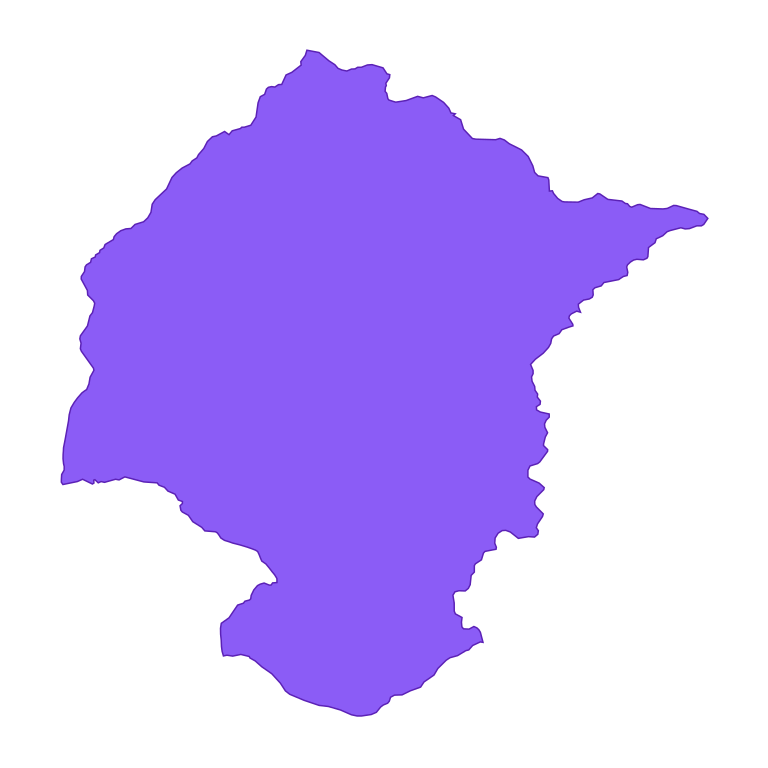 Luebo, Kasaï-Occidental, Democratic Republic of the Congo, rotated 91°
{"feature_id": "63176286B69668932062204", "entity_name": "Luebo", "entity_type": "district", "adm_level": 2, "iso_a3": "COD", "parent_name": "Democratic Republic of the Congo", "parent_adm1": "Kasaï-Occidental", "projection": "orthographic", "projection_center": [21.381, -5.592], "detail": "fine", "context": "isolated", "style": "filled", "palette": "violet", "viewbox_px": 768, "rotation_deg": 91, "n_neighbors": 0, "source": "geoboundaries", "source_scale": "gbopen_adm2", "svg_char_len": 5633}
<svg xmlns="http://www.w3.org/2000/svg" viewBox="0 0 768 768"><g transform="rotate(91 384 384)"><path d="M511.1,222.5L504.3,229.5L501.8,231.1L498.4,231.3L493.9,229.2L486.8,222.4L485.7,222.2L484.8,222.0L480.4,227.1L478.4,231.8L476.5,236.4L475.3,237.6L474.5,238.5L467.7,238.6L463.4,236.6L460.9,229.0L459.2,226.9L448.5,219.3L446.8,219.2L442.8,223.4L442.0,223.4L441.1,223.4L434.2,221.8L429.9,219.6L424.5,222.4L421.1,222.8L417.4,221.2L414.2,218.2L411.1,218.3L409.3,227.2L407.2,231.0L404.0,231.2L401.6,227.6L398.4,227.3L394.4,230.5L391.4,230.2L387.6,232.9L383.8,233.3L378.7,236.0L374.3,236.6L371.1,235.1L367.8,235.2L361.9,237.8L356.6,233.1L350.4,225.3L344.6,220.2L340.5,218.0L335.9,217.2L333.1,215.3L330.6,209.8L326.6,207.1L323.8,199.8L322.6,196.1L321.6,196.2L321.0,196.3L314.9,200.3L312.6,199.8L311.2,198.5L310.6,197.9L307.8,192.6L308.8,188.8L304.0,190.8L300.8,191.1L296.6,185.9L295.4,180.2L293.6,177.3L291.3,176.4L286.1,176.8L284.1,174.8L282.1,168.5L278.7,165.9L275.5,151.1L274.3,149.5L272.3,146.5L271.3,142.8L268.1,142.2L262.7,143.4L260.6,142.6L257.8,139.8L255.7,136.6L254.9,133.4L255.3,126.8L253.7,123.3L252.1,122.4L242.9,121.9L238.0,115.5L234.0,114.3L233.0,112.1L231.2,108.5L230.9,107.9L226.8,103.6L225.6,100.6L222.6,89.9L223.7,85.6L223.3,81.3L220.4,74.0L220.4,73.5L220.3,69.4L218.9,67.1L212.8,63.1L208.8,67.1L208.0,71.5L205.9,74.1L203.9,82.0L200.5,94.9L200.4,97.5L203.4,103.6L203.6,104.5L204.1,108.1L203.9,118.5L203.9,120.5L200.0,131.1L200.3,133.6L202.9,139.5L202.1,141.5L199.5,143.7L199.3,145.8L196.9,149.3L196.7,151.3L195.5,163.4L190.2,171.5L189.8,173.6L194.3,179.0L196.3,187.1L198.8,193.0L198.8,206.6L198.4,209.1L195.4,213.6L193.4,215.3L190.5,217.8L187.9,219.0L188.2,222.0L177.1,222.8L174.8,223.7L173.2,233.6L169.8,237.1L163.3,239.0L154.0,243.8L147.6,250.5L146.3,253.1L142.0,262.1L141.4,263.2L137.9,267.9L136.4,272.3L137.8,276.6L137.6,296.4L137.0,299.9L127.8,308.9L118.4,312.0L114.4,319.3L112.6,317.5L111.8,321.8L107.1,324.0L101.4,329.3L96.1,337.4L94.7,340.9L96.3,346.6L97.2,349.7L95.8,355.4L100.2,366.8L102.0,377.2L101.3,379.7L100.0,384.0L98.7,385.1L93.4,386.3L91.4,388.0L87.0,387.7L85.7,386.9L83.3,387.4L77.8,383.9L74.6,383.6L73.8,386.5L67.9,390.5L64.9,401.5L65.3,406.2L67.7,412.1L67.8,415.9L69.4,418.4L69.6,420.4L69.6,421.5L69.7,422.1L71.7,426.6L70.8,431.5L69.2,435.5L65.6,438.7L61.7,444.9L53.7,454.7L51.6,466.9L56.8,468.4L63.1,472.8L66.6,472.4L74.0,481.6L76.7,487.3L86.3,491.5L86.5,494.7L89.0,498.3L88.6,501.6L89.4,504.8L91.2,506.7L96.5,508.4L98.9,512.7L105.0,514.8L119.3,516.6L121.4,517.9L127.6,521.7L129.7,528.2L129.7,530.6L131.1,532.1L133.5,540.2L137.4,543.3L134.3,547.8L138.9,556.0L139.8,559.9L144.6,564.8L151.7,568.3L157.8,573.4L161.2,575.1L162.2,576.6L164.3,579.7L167.3,581.8L171.6,589.6L176.4,595.4L181.2,599.6L192.8,604.8L203.7,616.0L208.3,618.9L216.4,620.0L222.0,623.1L226.0,627.2L228.8,635.7L232.9,639.7L233.4,644.8L235.3,649.8L238.4,654.0L241.4,656.4L244.3,657.1L248.5,663.9L249.4,665.3L250.4,665.7L252.8,666.5L255.3,670.3L257.6,670.7L260.0,674.6L262.0,674.9L263.9,678.7L267.5,679.5L270.0,683.5L272.1,684.9L276.8,685.4L281.7,688.5L284.3,688.6L295.6,682.2L300.2,681.8L305.8,676.0L308.2,674.7L309.0,674.8L311.0,675.1L317.7,676.7L321.1,679.2L331.1,681.5L341.1,688.4L344.2,688.9L348.5,687.6L354.1,688.2L356.6,687.1L373.2,674.8L375.4,674.3L382.2,677.9L382.5,678.0L389.1,679.0L394.7,681.2L396.1,683.2L398.2,685.9L403.3,690.2L407.8,693.4L413.4,696.6L420.2,698.2L426.5,698.8L445.4,701.9L447.7,702.3L453.3,703.3L456.6,703.4L460.0,703.6L464.4,703.6L469.3,703.0L472.0,702.3L475.7,702.3L480.1,704.7L484.8,704.9L487.8,704.9L490.1,703.3L486.9,688.9L484.5,683.7L489.1,673.8L488.1,672.3L485.2,672.5L484.7,671.4L487.8,668.0L486.5,665.2L487.2,661.7L483.9,650.7L484.3,648.6L484.5,647.2L481.4,641.5L486.1,622.4L486.8,609.1L489.1,607.2L491.1,601.7L494.9,598.1L497.8,591.0L503.6,587.6L505.0,583.5L507.0,583.5L509.3,585.8L513.8,584.9L515.5,583.4L518.7,577.3L525.0,572.8L530.5,563.7L534.0,560.6L534.7,549.9L535.8,548.0L538.3,546.1L540.8,544.5L543.1,540.8L544.4,536.3L545.7,532.4L546.7,528.1L547.5,524.8L549.5,517.8L551.0,513.3L552.4,509.5L553.7,507.4L556.7,505.9L560.4,504.4L563.2,503.1L566.0,498.9L569.4,496.0L572.0,493.9L573.9,492.4L576.7,490.0L579.2,488.4L580.3,487.7L582.2,487.6L584.4,487.6L584.6,489.7L584.8,491.9L586.7,493.2L587.0,493.4L587.1,495.1L585.1,500.4L586.3,504.3L587.8,507.0L592.2,510.6L594.2,511.5L597.6,513.1L601.1,513.5L602.3,514.7L603.6,519.3L605.6,520.7L607.6,526.5L620.5,534.9L626.1,542.5L631.1,543.2L637.0,543.0L642.8,542.3L649.4,541.9L654.1,541.2L658.7,539.8L657.9,536.3L658.7,530.5L656.9,522.4L658.8,514.0L660.3,513.2L663.1,508.0L669.0,501.1L669.3,500.6L675.7,491.1L684.9,482.4L692.6,477.2L695.9,472.8L701.7,458.3L706.5,443.2L706.8,439.8L707.4,434.0L710.7,421.8L715.3,410.8L716.4,405.1L716.3,400.6L714.7,391.0L712.4,385.9L707.0,381.7L704.9,379.0L703.1,374.8L701.1,373.2L700.8,373.1L697.1,372.0L694.9,368.1L694.5,360.5L690.3,352.3L686.4,342.1L681.2,338.8L674.1,328.9L667.5,325.2L659.1,317.0L656.5,313.2L654.3,305.7L649.2,297.6L648.4,294.6L643.9,290.8L640.2,283.2L640.6,280.5L630.6,283.3L628.0,284.9L626.2,286.9L624.9,289.9L627.6,294.7L627.4,300.2L627.1,300.5L625.4,301.9L620.8,302.4L616.1,301.9L612.6,308.6L609.9,309.8L601.7,310.0L594.0,311.4L590.5,309.4L590.4,308.9L589.4,305.5L589.4,305.2L589.5,299.2L586.9,296.1L583.1,294.3L582.7,294.3L573.8,293.5L570.5,290.4L564.0,290.5L562.2,289.5L558.1,283.5L551.3,281.6L549.6,280.1L548.0,272.6L547.3,269.1L545.3,268.8L541.2,270.5L536.0,270.2L531.2,267.3L528.5,263.3L528.2,259.7L529.8,255.1L536.0,247.0L534.1,236.9L534.4,230.8L531.6,227.6L528.0,227.1L525.1,229.2L523.7,228.8L521.3,228.1L513.7,223.2L511.1,222.5Z" fill="#8b5cf6" stroke="#5b21b6" stroke-width="1.5"/></g></svg>